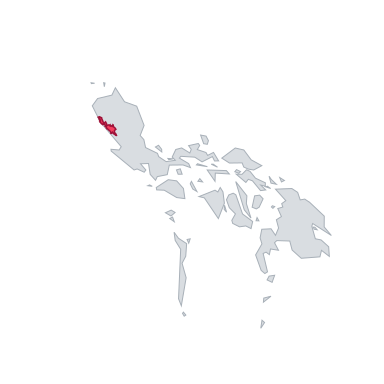 location of Ilocos Sur, Ilocos Sur, Philippines, rotated 320°
{"feature_id": "2640588B69318666079956", "entity_name": "Ilocos Sur", "entity_type": "district", "adm_level": 2, "iso_a3": "PHL", "parent_name": "Philippines", "parent_adm1": "Ilocos Sur", "projection": "natural_earth1", "projection_center": [120.422, 17.287], "detail": "fine", "context": "in_parent", "style": "filled", "palette": "rose", "viewbox_px": 384, "rotation_deg": 320, "n_neighbors": 0, "source": "geoboundaries", "source_scale": "gbopen_adm2", "svg_char_len": 6761}
<svg xmlns="http://www.w3.org/2000/svg" viewBox="0 0 384 384"><g transform="rotate(320 192 192)"><path d="M179.8,59.7L192.9,66.3L200.3,62.9L198.3,79.5L204.8,90.7L198.1,110.2L188.6,115.4L188.8,120.9L185.0,128.1L190.4,140.2L189.2,143.5L191.7,152.1L199.6,157.0L199.3,152.5L206.9,149.0L212.4,151.6L215.4,160.7L218.8,158.9L219.2,154.3L228.0,158.9L227.8,161.3L223.3,162.9L228.1,170.7L227.5,174.0L233.9,175.5L232.4,185.3L229.2,182.7L230.4,178.0L219.1,175.4L216.5,167.1L206.4,157.5L204.1,157.9L207.7,168.1L206.5,172.3L202.5,165.5L191.9,156.8L184.2,162.8L175.3,157.9L171.6,159.6L171.3,151.6L177.0,142.2L170.7,137.3L170.8,145.5L168.1,146.1L164.8,139.1L161.8,137.9L156.4,108.7L157.4,107.2L163.2,113.0L166.9,111.8L166.7,80.0L171.0,61.9L179.8,59.7ZM257.8,243.5L270.7,253.5L272.7,260.2L269.8,267.6L273.8,269.9L275.5,275.7L277.8,295.5L270.8,303.7L270.8,314.9L264.2,293.7L261.8,295.2L256.4,307.1L260.1,311.7L261.5,321.8L255.8,329.6L253.7,319.9L248.3,323.9L233.1,313.0L231.4,300.8L235.4,292.4L225.7,283.7L222.6,283.9L220.8,292.2L215.5,286.1L211.0,289.7L210.1,285.7L207.0,284.8L198.5,301.7L195.4,301.3L194.6,296.5L200.3,281.1L212.2,276.7L214.7,270.9L221.5,265.4L228.9,271.0L228.1,278.9L235.2,275.2L238.8,267.5L244.7,268.3L247.1,259.8L251.9,261.9L253.2,258.6L258.3,258.9L257.8,243.5ZM219.5,253.6L213.7,258.0L211.4,252.6L206.0,249.2L203.0,242.2L204.3,239.3L211.2,236.7L210.5,228.0L213.4,220.1L218.3,217.9L222.8,219.4L223.8,222.3L216.6,241.3L219.5,253.6ZM253.4,186.1L258.7,193.1L258.0,205.4L262.4,216.7L253.4,214.8L249.9,210.7L247.7,206.2L249.1,201.9L239.3,193.9L236.6,185.2L253.4,186.1ZM194.4,200.0L210.8,205.4L211.8,208.6L216.5,206.7L215.8,211.8L209.6,221.4L195.1,229.3L197.7,204.4L194.4,200.0ZM132.4,253.9L110.7,272.3L113.1,265.1L146.5,228.6L148.0,218.3L152.4,211.3L151.9,218.7L154.7,228.1L145.9,237.2L138.6,240.2L132.4,253.9ZM167.5,165.6L181.7,167.3L187.4,173.6L187.7,183.8L182.3,192.5L176.7,186.4L171.9,172.8L166.3,167.7L167.5,165.6ZM241.7,210.6L248.0,210.0L249.7,213.4L249.5,222.2L254.1,232.1L251.9,234.6L249.1,230.9L249.8,237.8L245.4,235.0L245.5,222.3L243.3,218.5L239.4,219.3L237.3,206.7L241.7,210.6ZM220.4,249.9L220.6,239.2L232.2,212.1L231.6,230.2L226.2,235.8L220.4,249.9ZM242.1,242.9L233.7,246.8L230.4,246.3L228.3,242.3L237.5,235.2L241.8,237.9L242.1,242.9ZM217.8,184.9L232.1,197.7L232.2,202.2L222.0,192.5L216.5,198.6L217.8,184.9ZM237.6,163.2L234.4,165.3L232.0,162.5L235.2,153.9L238.7,158.2L237.6,163.2ZM201.8,308.9L195.3,312.7L193.0,307.6L197.0,306.0L201.8,308.9ZM158.3,190.8L164.4,192.5L165.9,196.8L160.5,196.9L158.3,190.8ZM194.3,165.1L197.9,166.7L195.9,172.0L192.8,169.5L194.3,165.1ZM178.8,319.4L185.5,322.6L175.9,322.3L178.8,319.4ZM261.6,240.3L258.2,236.0L261.2,229.4L260.8,233.4L261.6,240.3ZM198.4,183.5L196.1,194.8L194.5,190.2L195.9,184.6L198.4,183.5ZM163.2,335.2L163.7,338.6L157.1,340.6L163.2,335.2ZM196.4,134.7L196.2,139.8L194.6,141.9L192.9,134.0L196.4,134.7ZM208.4,223.1L205.5,229.7L205.5,225.9L208.4,223.1ZM161.0,198.7L159.3,203.4L157.9,198.0L161.0,198.7ZM242.3,207.6L240.0,207.7L237.8,204.0L240.5,203.5L242.3,207.6ZM206.6,186.8L206.6,191.1L203.4,187.6L206.6,186.8ZM270.2,242.6L267.0,241.8L268.5,237.3L270.2,242.6ZM214.4,173.9L220.1,182.5L212.8,174.1L214.4,173.9ZM160.5,226.7L156.6,229.1L157.7,225.2L160.5,226.7ZM225.4,253.4L224.7,257.1L222.6,255.2L225.4,253.4ZM226.2,184.4L227.5,189.4L224.6,183.0L226.2,184.4ZM108.2,282.3L106.2,282.1L106.7,278.9L108.2,278.5L108.2,282.3ZM246.0,256.3L243.5,256.5L243.2,254.5L244.7,254.2L246.0,256.3ZM263.6,301.4L261.7,299.1L262.3,296.8L263.5,297.9L263.6,301.4ZM164.1,159.3L165.2,162.1L162.2,158.8L164.1,159.3ZM253.5,236.1L254.5,239.9L251.7,235.3L253.5,236.1ZM195.4,52.6L192.5,55.0L194.6,51.5L195.4,52.6ZM198.9,154.5L195.0,152.3L195.1,150.8L198.9,154.5ZM184.9,43.4L187.3,46.1L184.6,44.3L184.9,43.4Z" fill="#d9dde1" stroke="#a8b0b8" stroke-width="1"/><path d="M170.5,76.9L169.9,76.1L169.9,75.9L169.8,75.7L169.7,75.3L169.7,75.1L169.5,74.9L169.2,74.7L168.9,74.6L168.7,74.6L168.4,74.6L168.2,74.5L168.2,74.8L168.2,75.0L168.3,75.1L168.2,75.2L168.1,75.3L168.3,75.5L168.2,75.7L168.3,75.7L168.4,75.8L168.4,76.0L168.5,76.1L168.4,76.2L168.2,76.2L168.1,76.3L167.9,76.5L167.7,76.6L167.5,76.8L167.5,77.0L167.9,77.2L167.8,77.3L167.7,77.4L167.6,77.5L167.8,77.5L168.0,77.6L168.1,77.9L168.1,78.0L167.9,78.1L167.8,78.4L167.7,78.5L167.4,78.7L167.4,78.8L167.2,78.9L167.0,79.1L166.9,79.1L166.8,78.9L166.7,78.9L166.6,79.0L166.8,79.1L166.9,79.3L166.9,79.5L166.8,79.8L166.7,79.8L166.7,80.0L166.6,80.3L166.5,81.1L166.5,81.5L166.6,81.9L166.8,82.1L167.1,82.4L167.3,82.6L167.5,82.6L167.8,82.5L167.7,82.6L167.8,82.6L167.7,82.7L167.8,82.7L167.9,82.9L167.8,83.0L168.1,83.3L168.0,83.5L168.0,83.8L168.1,84.0L168.3,84.0L168.3,84.3L168.5,84.7L168.5,84.8L168.5,85.2L168.4,85.2L168.4,85.3L168.3,85.5L168.4,85.9L168.2,85.9L168.3,86.1L168.2,86.1L168.3,86.2L168.2,86.3L168.2,86.2L167.9,86.3L168.0,86.3L167.9,86.4L167.9,86.5L168.0,86.5L167.9,86.7L167.9,86.8L167.9,87.1L167.8,87.3L168.0,87.3L167.9,87.4L167.8,87.5L167.8,87.9L167.7,88.0L167.8,88.2L167.8,88.4L167.7,88.6L167.5,88.8L167.7,89.0L167.8,89.3L167.9,89.8L168.0,90.6L168.1,91.7L168.1,91.8L168.2,92.0L168.3,92.2L168.3,92.4L168.3,92.8L168.3,93.4L168.2,93.8L168.1,94.1L167.9,94.4L167.9,94.6L167.6,94.9L167.7,95.0L167.8,95.2L167.9,95.3L168.0,95.3L168.2,95.2L168.4,95.1L168.6,95.0L168.8,95.1L169.0,95.2L169.4,95.0L169.5,95.0L169.4,95.4L169.4,95.6L169.5,95.7L169.5,95.8L169.4,95.9L169.4,96.0L169.4,96.3L169.3,96.5L169.6,96.8L169.8,97.1L169.6,97.4L169.7,97.5L169.8,97.4L169.9,97.5L170.0,97.5L169.9,97.6L169.8,97.8L170.0,97.9L170.1,98.1L170.1,98.3L170.1,98.5L170.0,98.9L169.9,99.0L170.0,99.3L170.0,99.5L170.3,99.8L170.3,100.0L170.5,100.1L171.0,98.7L170.8,98.5L170.8,98.1L170.7,98.0L170.8,98.0L170.8,97.9L170.7,97.0L170.7,96.7L171.2,96.6L171.2,96.2L171.4,95.8L171.8,95.4L172.0,95.3L172.0,95.2L173.0,95.0L173.3,95.0L173.5,95.0L173.6,94.8L173.8,94.8L174.0,94.9L174.2,94.0L174.1,92.9L174.0,92.6L173.9,91.9L174.1,91.0L174.7,90.0L174.6,89.7L174.4,89.9L174.3,90.0L173.6,90.0L173.5,89.9L173.4,90.0L173.4,89.9L172.8,89.6L172.6,89.7L172.5,89.4L172.4,89.4L172.2,89.3L172.3,89.2L172.3,88.9L172.4,88.7L172.4,88.4L172.4,88.2L172.2,88.2L172.3,88.1L172.4,87.9L172.2,87.9L171.6,87.5L171.2,87.0L170.9,86.8L170.4,86.9L170.2,86.8L170.2,86.7L169.9,86.1L169.9,85.8L170.0,85.5L170.3,84.9L170.6,84.4L170.6,83.8L170.6,83.5L170.7,83.4L170.8,83.0L170.5,83.1L170.4,82.8L170.0,83.0L169.8,82.9L169.5,82.9L169.4,82.9L169.1,83.1L168.9,83.2L168.7,83.1L168.6,82.6L168.7,82.3L168.8,82.2L169.0,82.0L169.0,81.9L168.9,81.9L169.0,81.8L169.0,81.7L169.0,81.1L169.0,80.8L169.2,80.3L169.5,79.8L169.7,78.9L169.9,78.4L170.0,78.0L170.1,77.6L170.4,77.0L170.5,76.9ZM167.8,82.7L167.7,82.7L167.5,82.9L167.2,82.8L167.3,83.0L167.6,83.1L167.8,83.0L167.8,82.9L167.8,82.7ZM167.6,82.6L167.3,82.7L167.5,82.7L167.6,82.6Z" fill="#f43f5e" stroke="#9f1239" stroke-width="1.5"/></g></svg>